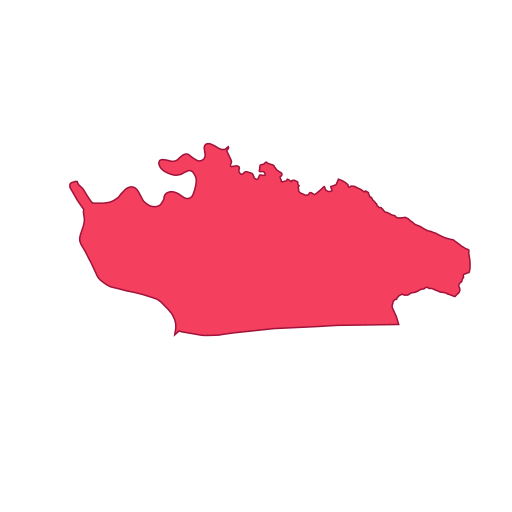 Loc Ha, Ha Tinh, Vietnam, rotated 116°
{"feature_id": "81297802B55071935880129", "entity_name": "Loc Ha", "entity_type": "district", "adm_level": 2, "iso_a3": "VNM", "parent_name": "Vietnam", "parent_adm1": "Ha Tinh", "projection": "equal_earth", "projection_center": [105.835, 18.467], "detail": "fine", "context": "isolated", "style": "filled", "palette": "rose", "viewbox_px": 512, "rotation_deg": 116, "n_neighbors": 0, "source": "geoboundaries", "source_scale": "gbopen_adm2", "svg_char_len": 6092}
<svg xmlns="http://www.w3.org/2000/svg" viewBox="0 0 512 512"><g transform="rotate(116 256 256)"><path d="M169.9,328.9L173.6,330.5L174.1,331.1L175.1,333.2L175.5,334.4L175.5,337.1L175.1,341.7L175.2,345.4L175.4,347.1L176.2,348.6L177.0,349.7L178.0,350.2L179.1,350.5L180.1,350.4L181.5,350.0L186.7,346.5L188.5,345.5L190.0,345.4L191.2,345.4L192.5,345.7L193.7,346.6L194.6,347.4L195.3,348.4L195.8,349.7L195.9,350.3L195.8,353.4L195.4,356.2L194.3,361.4L194.5,362.4L195.1,363.8L196.1,365.0L197.1,365.8L200.0,367.3L204.4,369.0L205.8,370.1L206.6,371.0L207.7,372.9L208.0,373.9L209.1,378.9L210.3,382.4L211.1,383.4L212.1,384.3L213.4,384.5L215.3,384.0L216.5,383.1L217.7,381.7L218.7,380.3L219.4,378.3L220.1,375.2L220.1,371.4L219.9,368.7L219.6,366.9L219.0,364.5L218.3,363.1L217.4,361.6L215.5,359.2L212.6,357.2L209.0,354.3L208.3,353.1L208.0,351.6L208.1,349.9L209.5,347.4L210.8,345.6L212.6,343.8L214.5,342.7L218.3,341.3L223.6,340.1L228.1,339.6L230.7,339.7L232.5,340.6L233.9,341.9L234.4,342.8L234.9,344.1L235.1,346.0L234.1,352.8L234.1,355.8L234.5,357.9L234.9,359.4L235.6,360.9L236.5,362.0L238.1,363.6L239.5,364.3L241.2,364.7L242.3,364.6L243.1,364.6L244.6,363.9L246.3,363.7L249.1,364.0L250.9,364.2L252.0,364.5L253.1,365.1L254.3,366.1L255.4,367.5L256.1,368.7L256.9,370.8L257.3,372.5L257.4,374.1L256.9,377.9L256.1,380.7L255.6,381.8L250.2,389.2L249.2,390.8L248.3,392.6L247.8,394.5L247.8,395.7L248.0,396.9L248.4,398.1L249.1,399.4L250.2,400.5L251.5,401.6L253.1,402.5L259.5,404.6L263.3,405.3L266.9,407.2L269.4,408.9L271.4,410.7L273.0,412.7L275.1,415.8L279.5,424.7L279.9,426.2L279.5,427.7L278.1,430.2L275.9,434.0L272.0,440.1L271.2,441.7L269.9,446.0L269.4,447.1L268.6,448.1L267.4,449.4L268.2,451.1L271.2,454.2L273.0,454.7L275.5,453.6L276.0,453.2L284.5,440.6L288.9,432.7L289.4,431.5L292.7,430.1L297.9,426.5L300.7,425.3L305.0,424.3L313.6,423.2L317.3,422.3L319.8,420.9L321.4,419.3L322.6,417.9L326.4,412.0L330.0,407.2L331.7,405.0L334.6,401.0L343.6,389.9L344.8,388.1L346.0,384.9L346.9,380.5L347.3,377.9L347.5,373.6L346.8,370.1L345.9,366.3L344.0,356.8L342.2,350.0L340.3,341.1L338.8,331.1L338.2,325.7L339.0,321.3L342.5,311.5L344.6,306.8L345.8,304.9L349.0,301.0L352.1,298.5L354.4,297.2L356.5,296.3L362.5,294.5L357.2,292.3L356.6,289.2L351.1,270.2L349.9,267.2L346.7,260.9L343.3,254.6L340.9,251.3L334.6,241.9L313.4,208.1L293.0,170.8L282.7,152.5L255.0,97.7L250.0,102.3L248.5,103.8L243.5,109.9L242.4,111.0L241.6,111.6L240.6,112.0L238.5,112.2L237.8,112.6L237.4,112.8L236.6,112.7L234.4,112.1L234.0,111.8L233.5,110.8L232.9,110.7L231.8,110.8L231.0,110.6L229.1,110.1L228.0,109.3L226.1,107.7L226.2,106.4L226.2,105.7L225.9,105.0L224.6,102.5L224.0,102.0L221.0,100.3L220.6,99.5L218.7,96.9L217.4,95.7L214.1,93.5L213.2,92.5L212.0,90.7L211.3,90.2L209.9,89.7L209.2,88.8L209.1,87.8L209.3,86.4L209.1,85.7L208.3,84.2L208.0,82.6L208.0,80.2L207.7,76.4L207.7,74.7L207.0,72.7L206.1,69.6L206.0,68.6L206.2,67.4L205.7,64.1L205.4,59.9L205.1,59.3L202.3,58.5L200.5,57.6L197.7,57.6L197.1,57.9L195.6,58.9L194.1,60.6L193.1,61.0L192.6,61.1L190.6,60.8L190.1,60.7L189.2,59.9L186.1,60.4L185.2,60.3L184.5,60.0L183.9,60.2L183.1,60.9L182.5,61.2L181.9,61.3L180.9,60.8L179.7,59.5L178.2,58.3L177.6,57.4L176.9,57.3L173.9,58.0L172.7,58.5L169.5,60.0L165.9,62.0L160.7,65.7L157.4,67.2L157.3,67.7L157.2,68.5L157.5,71.0L157.1,73.8L157.1,75.4L156.7,76.7L155.8,81.6L155.3,84.5L155.0,85.9L155.2,86.7L155.7,88.2L156.8,94.4L156.9,97.6L156.9,101.4L156.7,104.4L157.1,106.4L157.2,109.4L157.9,112.1L158.0,113.7L157.9,117.4L157.6,119.3L157.5,121.1L157.5,122.4L157.9,126.4L157.8,127.2L157.0,130.3L156.6,132.9L156.1,134.7L155.8,135.3L155.8,138.5L156.0,139.2L156.9,140.3L158.5,143.0L159.7,145.6L159.7,146.1L159.6,147.1L159.5,147.6L159.0,148.5L159.0,149.9L159.5,150.9L159.5,152.1L159.6,152.6L159.4,153.6L159.4,157.0L159.4,157.6L159.9,158.5L159.9,159.1L159.8,159.8L158.4,162.7L158.2,163.7L157.8,164.5L157.7,165.0L158.4,166.4L158.4,166.8L158.3,167.3L158.0,167.7L157.8,169.0L157.5,169.4L156.3,170.4L156.1,171.7L155.6,172.4L155.2,173.3L154.4,175.7L152.9,177.7L152.7,178.2L153.1,178.9L153.0,179.6L152.1,180.3L151.5,181.1L151.0,182.1L150.6,182.4L150.0,182.4L149.8,182.6L149.6,183.6L149.6,185.0L149.5,186.1L149.8,186.3L150.3,186.1L150.5,186.1L150.8,186.8L150.6,189.5L150.2,190.0L150.3,195.6L150.2,197.7L151.1,200.6L151.7,201.4L153.0,202.1L153.3,202.5L153.4,202.9L153.1,203.5L151.6,204.6L150.8,207.9L150.5,211.3L150.8,215.6L156.5,215.3L157.0,215.4L157.8,216.3L158.7,217.0L160.8,219.2L162.1,218.3L162.8,217.0L163.8,216.5L164.2,216.4L165.7,218.0L166.3,219.3L166.4,220.0L166.1,222.2L165.6,222.9L164.1,224.3L163.7,225.2L165.0,225.8L167.5,226.6L174.4,229.7L175.2,230.5L174.9,233.8L175.1,235.0L176.1,235.6L178.0,235.8L178.6,236.3L179.5,237.9L179.7,238.4L179.8,243.6L179.8,244.3L179.2,245.6L178.2,246.6L177.0,247.1L175.8,248.3L175.0,248.3L174.0,248.0L173.6,249.2L172.7,250.2L171.4,250.7L171.2,251.1L171.1,253.5L171.1,254.8L171.8,256.1L172.5,256.8L173.4,256.7L173.8,257.0L173.8,257.4L173.2,259.3L173.1,261.3L173.4,261.6L174.8,261.5L175.3,261.8L177.9,265.1L178.1,265.8L178.0,266.1L177.5,266.2L176.5,266.8L175.2,268.5L174.7,268.9L174.1,269.0L173.0,268.4L172.0,268.2L171.1,268.5L170.4,269.1L170.1,270.2L170.0,272.2L169.5,275.2L168.2,277.6L167.8,278.6L167.0,279.4L166.8,280.0L166.9,281.5L167.5,285.6L167.4,286.6L167.1,287.8L167.6,288.5L169.3,289.0L170.3,289.5L171.7,291.5L172.6,292.0L173.2,292.0L176.1,290.9L178.1,290.4L178.4,290.0L178.4,289.3L178.2,288.8L177.2,287.3L177.0,286.7L177.0,286.0L177.1,285.5L177.8,284.3L178.5,283.5L179.1,283.3L179.7,283.7L180.1,284.3L180.5,285.1L181.2,287.6L181.7,288.2L183.0,288.2L184.5,288.0L185.5,288.1L186.6,288.6L186.9,289.1L187.0,289.6L186.9,290.8L186.8,291.3L186.3,292.0L184.2,294.4L183.6,295.4L183.6,296.6L184.1,299.8L184.3,301.2L184.8,302.2L185.3,302.8L187.9,303.8L188.6,304.5L188.9,305.0L189.0,305.4L188.9,306.3L188.4,307.3L187.8,308.0L187.0,308.7L186.4,309.0L184.6,309.3L183.9,309.7L183.4,310.2L183.2,310.8L183.2,311.9L183.5,313.0L184.6,314.7L186.4,317.3L186.5,317.8L186.1,318.4L185.8,318.7L185.2,318.9L182.6,319.1L181.6,319.6L180.9,320.2L174.4,328.3L173.7,328.4L172.0,328.0L171.1,328.0L170.3,328.3L169.9,328.9Z" fill="#f43f5e" stroke="#9f1239" stroke-width="1.5"/></g></svg>